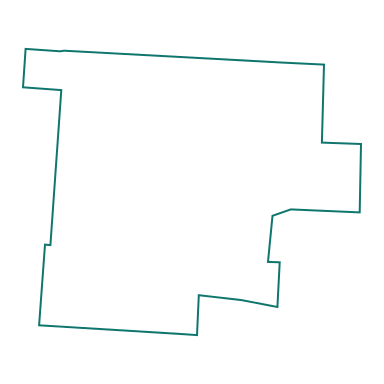 the district of Morgan, Ohio, United States of America
{"feature_id": "52423323B32788955396058", "entity_name": "Morgan", "entity_type": "district", "adm_level": 2, "iso_a3": "USA", "parent_name": "United States of America", "parent_adm1": "Ohio", "projection": "albers", "projection_center": [-81.828, 39.61], "detail": "fine", "context": "isolated", "style": "outline", "palette": "teal", "viewbox_px": 384, "rotation_deg": 0, "n_neighbors": 0, "source": "geoboundaries", "source_scale": "gbopen_adm2", "svg_char_len": 400}
<svg xmlns="http://www.w3.org/2000/svg" viewBox="0 0 384 384"><path d="M183.9,334.2L197.0,335.1L198.8,295.2L241.5,300.1L277.4,307.0L277.8,299.4L279.7,262.3L268.0,261.9L272.5,215.8L290.8,209.4L359.7,212.4L361.0,144.0L321.9,142.6L324.0,64.6L284.7,62.7L64.0,50.7L60.1,51.3L25.6,48.9L23.0,87.3L61.3,90.1L50.4,245.1L45.0,244.6L39.1,325.3L183.9,334.2Z" fill="none" stroke="#0f766e" stroke-width="2"/></svg>